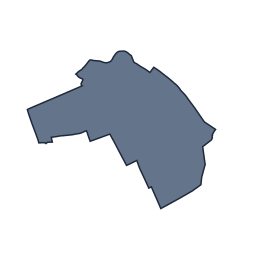 Giang Thanh, Kiên Giang, Vietnam (Mercator projection), rotated 36°
{"feature_id": "81297802B31774141557678", "entity_name": "Giang Thanh", "entity_type": "district", "adm_level": 2, "iso_a3": "VNM", "parent_name": "Vietnam", "parent_adm1": "Kiên Giang", "projection": "mercator", "projection_center": [104.64, 10.444], "detail": "fine", "context": "isolated", "style": "filled", "palette": "slate", "viewbox_px": 256, "rotation_deg": 36, "n_neighbors": 0, "source": "geoboundaries", "source_scale": "gbopen_adm2", "svg_char_len": 2450}
<svg xmlns="http://www.w3.org/2000/svg" viewBox="0 0 256 256"><g transform="rotate(36 128 128)"><path d="M199.7,77.7L186.1,78.2L178.2,75.4L170.0,72.5L168.7,72.1L160.7,69.6L155.3,67.8L148.7,66.6L147.4,66.1L145.6,65.5L144.0,65.1L141.7,64.7L138.6,64.5L135.9,64.2L133.0,64.0L129.8,63.8L127.8,63.8L125.6,63.7L122.7,63.6L120.7,63.5L117.4,63.5L113.2,63.7L113.1,64.8L113.1,70.2L109.7,70.2L106.5,70.3L102.2,70.8L100.3,70.9L97.5,70.9L95.2,71.3L94.5,71.3L93.6,71.0L92.2,70.1L90.1,68.8L88.6,67.8L88.0,67.5L87.2,67.5L85.3,67.5L84.0,67.3L83.1,67.3L82.0,67.4L81.3,67.5L80.7,67.6L80.1,67.9L79.6,68.1L78.3,69.1L77.6,69.6L76.9,70.2L76.1,70.8L75.4,71.7L74.8,72.8L74.4,75.1L74.4,76.7L74.4,78.0L74.5,79.6L74.9,81.7L74.9,83.2L74.8,83.7L74.8,84.1L74.5,85.0L73.4,86.6L73.3,86.8L72.6,87.6L71.6,88.3L69.9,89.2L68.2,89.7L66.7,90.1L65.6,90.5L63.1,92.1L60.5,93.6L58.8,94.3L57.8,94.9L57.4,95.2L57.1,95.7L57.0,96.3L57.0,97.3L56.9,98.8L56.9,100.3L56.8,102.1L56.7,103.3L56.6,104.6L56.3,105.9L56.3,107.0L56.1,108.1L55.3,110.1L55.2,110.3L54.7,111.9L54.5,113.1L54.3,114.4L54.1,115.1L56.0,115.2L56.6,115.5L57.6,115.7L59.0,115.7L60.1,115.6L62.3,115.1L62.8,115.1L63.1,115.5L63.4,116.3L63.8,119.0L64.0,119.7L64.3,120.1L64.8,120.5L65.4,120.7L65.8,120.8L66.1,120.8L64.8,123.1L59.3,132.4L49.5,148.9L45.0,156.4L41.0,163.1L37.6,168.8L35.7,172.2L37.2,173.4L41.0,176.2L43.9,178.2L47.6,180.8L57.9,187.6L62.7,190.9L64.6,192.5L65.3,191.9L66.0,191.4L66.6,190.8L67.4,190.2L68.5,189.4L69.3,188.9L69.5,188.8L70.7,188.8L70.8,188.8L70.9,188.3L71.0,187.8L71.1,187.4L71.3,187.0L71.5,186.6L72.2,186.1L73.2,185.3L74.0,184.7L74.6,184.3L75.1,183.9L72.8,181.9L71.4,180.6L71.5,180.5L75.7,176.5L77.6,174.4L79.4,172.9L82.9,169.8L86.1,166.9L87.4,165.7L88.9,164.0L92.0,160.9L93.0,159.6L94.7,156.7L95.9,154.7L97.4,155.5L98.1,156.0L98.7,156.5L105.2,161.0L116.9,143.6L125.4,147.6L137.1,153.4L141.8,155.7L143.9,156.7L148.8,159.1L150.5,156.1L152.3,152.7L154.2,149.1L160.4,153.3L162.4,154.5L169.9,158.6L180.2,164.4L181.5,161.9L192.8,168.5L201.9,173.9L210.8,155.0L215.9,143.6L217.1,140.9L217.8,138.7L219.0,135.2L220.3,131.0L218.9,128.6L216.5,124.4L212.2,113.1L212.0,112.3L208.4,108.6L203.6,103.6L203.4,103.4L199.4,99.2L201.7,91.3L202.5,88.6L202.5,88.4L202.0,86.4L201.8,86.1L201.5,85.9L201.1,85.5L201.0,85.3L200.8,84.4L200.4,84.3L200.4,84.2L200.2,83.9L200.1,83.7L200.1,83.4L200.0,83.0L200.0,82.1L199.8,81.2L199.7,80.3L199.7,79.6L199.7,79.4L199.7,78.0L199.7,77.7Z" fill="#64748b" stroke="#1e293b" stroke-width="1.5"/></g></svg>